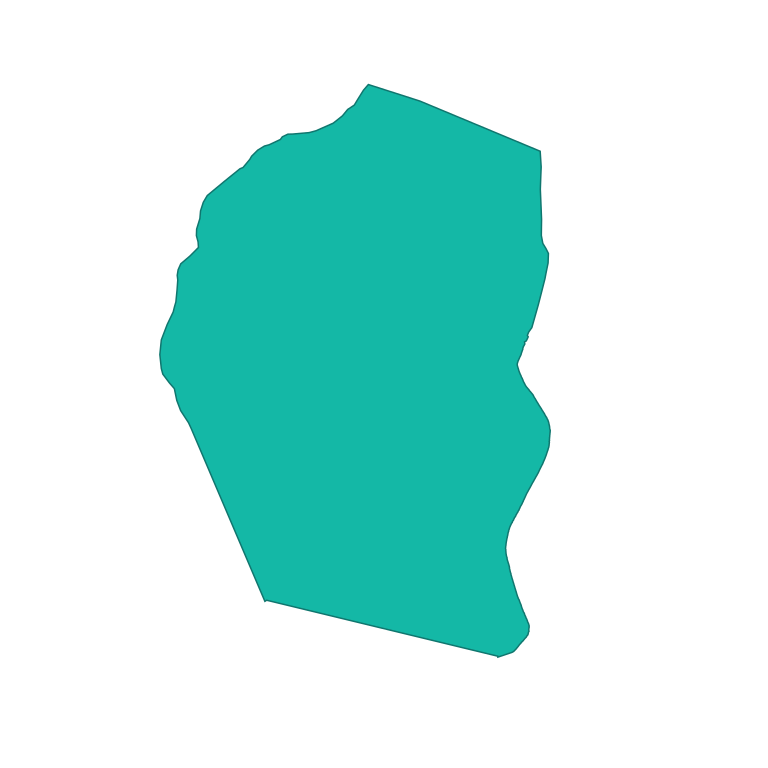 Carriere, Micoud, Saint Lucia (Albers equal-area conic projection), rotated 255°
{"feature_id": "8701671B45853929817808", "entity_name": "Carriere", "entity_type": "district", "adm_level": 2, "iso_a3": "LCA", "parent_name": "Saint Lucia", "parent_adm1": "Micoud", "projection": "albers", "projection_center": [-60.947, 13.836], "detail": "fine", "context": "isolated", "style": "filled", "palette": "teal", "viewbox_px": 768, "rotation_deg": 255, "n_neighbors": 0, "source": "geoboundaries", "source_scale": "gbopen_adm2", "svg_char_len": 4929}
<svg xmlns="http://www.w3.org/2000/svg" viewBox="0 0 768 768"><g transform="rotate(255 384 384)"><path d="M90.7,423.3L91.6,437.7L91.7,438.5L92.0,439.7L92.3,440.4L93.4,442.2L93.9,443.1L94.5,443.8L94.9,444.5L95.4,445.1L95.9,445.8L97.1,447.3L97.5,447.9L98.1,449.0L98.9,449.9L99.3,450.7L100.1,452.1L100.7,452.8L101.4,453.8L102.0,454.7L102.6,455.8L103.9,457.1L104.5,458.1L105.1,458.4L106.0,458.9L106.8,459.2L107.5,460.0L108.4,460.1L110.1,460.5L111.0,461.1L111.8,461.2L112.6,461.6L113.6,461.6L114.8,461.6L115.7,461.5L116.7,461.2L117.8,461.2L118.9,461.1L120.0,461.0L120.7,460.8L121.8,460.6L122.8,460.6L123.6,460.4L124.3,460.2L125.2,460.2L126.1,460.2L127.0,460.0L127.7,459.7L128.6,459.6L129.5,459.6L130.3,459.5L131.2,459.3L131.9,459.3L132.8,459.2L133.5,459.2L134.9,459.2L135.9,459.1L137.1,458.9L138.2,458.8L139.2,458.7L140.1,458.7L141.1,458.5L141.9,458.2L143.2,458.2L144.0,458.0L145.3,458.0L146.5,457.9L147.9,457.9L149.0,457.9L150.0,457.8L150.7,457.8L151.4,457.8L152.8,457.7L153.5,457.7L154.9,457.7L156.2,457.6L157.4,457.6L158.2,457.6L159.4,457.5L160.6,457.5L161.8,457.5L162.8,457.4L163.8,457.4L164.6,457.4L165.6,457.4L167.0,457.3L167.7,457.5L169.1,457.4L169.8,457.4L170.6,457.4L172.2,457.5L173.1,457.4L174.2,457.7L175.0,457.8L176.1,457.8L177.0,457.8L178.1,457.8L179.0,457.7L179.9,457.7L181.7,457.6L182.5,457.6L183.6,457.7L184.3,457.9L185.2,457.8L186.0,457.8L186.7,457.8L187.6,457.9L188.3,458.0L189.1,458.0L190.0,458.3L191.0,458.4L191.8,458.6L192.5,458.8L193.8,458.8L194.6,459.2L195.8,459.6L196.8,460.1L198.0,460.5L199.2,461.0L200.5,461.6L201.7,462.2L202.9,462.7L203.6,463.2L204.6,463.6L205.6,464.2L207.1,464.9L208.0,465.3L208.7,465.7L209.3,466.2L209.9,466.4L210.5,466.7L211.3,467.3L212.3,467.9L213.1,468.4L213.8,469.0L214.6,469.6L215.2,470.2L215.8,470.6L216.7,471.5L217.1,472.1L217.8,472.4L218.4,473.0L219.2,474.0L219.8,474.3L220.5,475.0L221.1,475.4L221.7,476.3L222.6,477.2L223.2,477.5L223.7,478.1L224.8,479.1L225.5,480.0L226.2,480.5L226.8,481.0L227.2,481.7L227.8,482.0L228.8,482.9L229.5,483.4L230.8,484.5L231.5,485.3L232.2,486.0L233.2,486.8L233.9,487.4L234.8,488.2L235.7,488.8L236.4,489.5L237.4,490.3L238.1,490.9L239.7,492.2L240.7,493.0L241.6,493.8L243.0,495.2L244.0,496.1L244.7,496.8L246.0,498.1L247.4,499.4L248.9,500.8L249.9,501.7L250.4,502.2L250.9,502.8L251.6,503.5L252.2,504.0L253.0,504.8L254.1,505.9L255.2,506.9L256.1,507.9L257.1,508.8L258.2,509.9L259.5,511.0L260.4,511.7L261.2,512.4L262.0,513.1L263.0,514.0L263.8,514.7L264.8,515.6L265.7,516.5L266.8,517.3L267.5,517.8L268.7,518.8L269.5,519.4L270.2,520.0L271.5,520.9L272.3,521.5L274.0,522.7L274.7,523.1L275.6,523.7L276.8,524.5L277.9,525.3L279.4,526.1L280.0,526.6L280.6,526.9L281.6,527.4L283.5,528.1L284.3,528.4L284.9,528.7L285.9,528.7L286.4,529.2L287.9,529.5L288.5,529.8L289.2,529.9L289.8,530.3L290.9,530.6L291.7,530.9L292.4,531.2L293.8,531.7L294.5,532.0L296.3,532.6L297.7,532.5L298.4,532.6L299.9,532.9L301.0,533.0L301.6,533.0L302.5,533.0L303.8,533.1L304.9,533.1L305.8,533.0L306.7,533.0L307.4,532.8L308.5,532.5L309.2,532.5L310.1,532.3L310.7,531.8L311.6,531.8L312.2,531.6L313.1,531.3L314.0,531.3L314.6,531.0L315.6,530.6L316.5,530.5L317.2,530.1L319.3,529.6L320.8,529.1L322.1,528.7L322.8,528.4L323.6,528.2L325.0,527.8L326.1,527.5L327.3,527.1L328.8,526.7L330.0,526.4L331.1,526.1L331.7,525.8L332.6,525.6L333.5,525.4L334.3,525.3L335.0,525.1L335.7,524.8L336.8,524.3L337.4,524.0L338.8,523.4L339.4,523.0L340.2,522.7L341.0,522.5L342.1,521.9L343.4,521.3L344.4,520.8L345.9,520.3L347.1,520.0L348.0,519.9L349.1,519.6L349.8,519.4L351.3,519.2L352.0,519.2L352.9,519.0L353.7,519.0L354.5,518.7L355.4,518.5L356.3,518.5L358.4,518.1L360.8,517.8L362.3,517.7L363.8,517.7L365.4,517.6L366.3,517.6L367.1,517.6L367.8,517.6L368.6,517.8L369.3,518.1L370.3,518.7L371.0,519.2L371.6,519.5L372.2,520.1L373.6,521.2L375.0,522.3L375.6,522.9L376.7,523.8L377.3,524.2L378.4,524.8L378.9,525.2L379.6,525.6L380.1,526.0L381.0,526.6L381.7,527.1L382.5,527.3L384.0,528.3L384.5,528.8L386.2,530.4L388.3,530.6L388.8,532.6L390.1,533.7L391.5,534.9L392.3,535.5L393.6,535.0L394.5,535.5L395.3,536.1L395.9,536.6L396.5,537.0L397.0,537.5L400.2,541.4L420.5,553.5L432.2,560.1L444.0,566.7L449.2,569.2L458.4,573.8L467.5,576.6L472.9,575.5L478.7,573.8L486.7,574.4L495.9,577.0L502.2,578.8L531.6,585.4L545.0,589.5L553.0,592.0L568.4,595.1L648.0,491.9L677.3,446.4L673.1,440.2L665.8,432.4L661.1,427.5L658.6,420.0L653.8,413.3L649.1,402.5L646.2,383.8L646.2,376.7L649.1,360.3L650.2,355.8L649.1,349.8L647.0,347.2L644.8,334.9L644.8,330.1L642.6,322.6L638.3,315.1L635.7,312.5L629.6,303.9L629.2,300.6L621.2,282.6L611.8,262.1L606.3,256.5L598.7,251.6L591.5,249.0L582.1,243.1L575.9,241.2L569.4,241.2L563.9,240.1L557.8,229.6L552.7,218.8L547.6,214.7L542.5,212.4L537.8,211.7L528.0,208.3L517.1,204.2L512.8,201.6L508.1,199.0L497.6,190.0L484.2,180.3L470.4,175.1L456.6,172.9L450.8,172.9L440.6,177.0L433.8,180.3L421.8,179.6L410.9,180.7L397.1,185.2L390.6,186.3L204.9,212.7L205.5,214.7L91.6,423.5L90.7,423.3Z" fill="#14b8a6" stroke="#0f766e" stroke-width="1.5"/></g></svg>